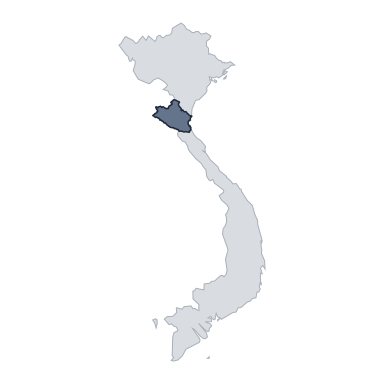 location of Nghệ An within Vietnam
{"feature_id": "VNM-475", "entity_name": "Nghệ An", "entity_type": "Province", "adm_level": 1, "iso_a3": "VNM", "parent_name": "Vietnam", "parent_adm1": "", "projection": "robinson", "projection_center": [104.899, 19.281], "detail": "fine", "context": "in_parent", "style": "filled", "palette": "slate", "viewbox_px": 384, "rotation_deg": 0, "n_neighbors": 0, "source": "natural_earth", "source_scale": "10m", "svg_char_len": 6784}
<svg xmlns="http://www.w3.org/2000/svg" viewBox="0 0 384 384"><path d="M234.7,65.1L231.4,65.3L228.0,68.3L223.5,70.2L222.4,75.5L218.7,77.9L216.9,76.7L213.2,77.9L209.2,76.7L210.6,82.8L206.6,87.6L207.0,90.6L205.9,93.0L198.9,99.8L196.9,99.9L195.3,101.0L192.0,109.1L191.5,115.8L190.0,119.6L188.5,121.2L188.2,123.3L193.5,133.9L197.0,138.2L200.5,140.3L205.7,146.6L204.9,148.3L205.3,151.8L202.8,150.8L203.1,151.2L206.0,153.1L210.4,159.9L218.1,167.0L219.3,170.6L226.7,176.5L226.5,177.2L231.8,182.0L232.4,183.8L236.3,183.6L239.9,189.1L241.1,189.1L241.5,191.4L247.4,200.7L252.3,205.4L254.7,214.0L257.6,220.6L257.7,224.3L262.1,240.2L261.8,242.3L260.9,240.3L261.1,246.3L261.8,249.5L261.5,253.5L264.6,260.9L265.0,269.0L262.8,265.5L260.5,268.0L262.2,273.8L260.3,273.2L260.5,281.1L261.4,283.8L261.1,284.8L260.1,282.8L259.3,286.5L260.2,289.0L258.8,291.9L257.0,292.1L255.9,297.9L252.6,298.4L250.2,301.1L247.2,302.1L241.6,307.1L238.0,308.0L236.2,312.0L233.0,312.5L221.3,319.4L220.0,317.7L217.8,317.1L216.2,313.4L215.0,319.4L214.1,319.8L212.3,318.6L210.6,316.3L208.1,317.9L210.8,318.4L211.6,319.9L211.2,321.8L205.3,321.7L210.6,324.1L211.7,325.9L209.2,328.7L209.2,330.8L207.9,331.7L205.0,329.9L198.7,323.5L206.2,332.6L207.5,336.7L205.7,338.6L203.6,338.7L200.1,336.0L194.4,329.4L192.5,328.5L199.1,337.8L200.1,339.9L199.3,342.3L185.9,349.3L182.3,356.0L178.1,359.9L173.6,361.0L171.2,360.6L173.7,357.2L172.2,356.0L172.7,337.5L173.9,332.7L177.7,330.8L177.7,329.8L176.4,327.0L173.3,325.9L171.8,323.9L169.0,324.6L164.3,319.1L167.0,316.7L172.8,316.3L176.7,312.5L176.3,308.2L176.7,307.7L182.1,309.2L184.0,306.7L191.0,305.9L193.0,308.8L194.7,308.3L197.9,310.3L199.2,310.3L198.6,307.4L199.2,304.8L193.0,298.9L192.9,291.1L194.4,290.7L196.0,288.3L203.9,289.9L204.2,283.9L210.0,283.2L211.2,281.5L214.6,281.0L220.2,275.8L222.6,275.4L223.9,276.8L226.1,274.4L227.1,270.4L225.5,259.2L228.1,249.8L222.5,234.1L223.2,228.5L224.8,226.6L226.6,222.1L226.3,217.0L225.5,214.5L227.0,212.8L228.9,208.2L227.1,205.1L221.4,199.9L219.1,195.7L223.6,192.3L223.7,190.2L214.4,183.1L212.8,179.4L210.5,180.8L208.9,179.9L206.7,176.3L205.8,169.3L204.3,168.2L201.1,163.3L195.9,158.8L189.6,151.4L188.3,149.2L187.5,145.8L184.9,141.9L182.4,141.1L178.1,136.1L177.5,134.0L178.7,130.5L175.7,128.7L170.1,127.0L153.7,115.5L157.2,111.5L156.2,107.7L156.6,107.1L161.1,106.8L167.6,108.3L170.7,105.2L172.1,101.8L174.4,99.2L174.4,97.7L172.8,95.0L169.8,94.9L168.2,91.0L163.2,89.5L166.5,86.9L167.5,84.8L162.9,80.8L158.0,78.0L153.6,79.9L150.3,83.2L148.7,83.7L138.2,79.2L133.2,70.6L135.2,63.7L135.2,61.1L133.1,59.9L132.5,58.2L131.0,61.2L129.5,61.2L127.9,56.0L126.1,54.8L119.0,45.2L121.2,43.2L124.5,37.6L125.8,36.6L132.9,40.4L135.9,43.6L138.9,41.4L139.0,40.3L142.7,36.2L146.0,40.4L148.5,35.9L154.9,41.5L155.8,40.4L157.1,36.6L158.8,35.5L160.2,35.3L161.9,37.5L163.4,37.7L166.4,35.4L169.6,35.0L171.7,33.0L172.3,28.6L173.1,27.8L181.2,23.0L184.5,25.6L186.6,29.3L189.4,30.3L192.4,32.7L194.8,32.4L195.5,31.5L198.5,31.6L201.0,34.2L206.2,33.0L210.9,36.0L209.4,39.2L207.1,40.7L206.4,42.4L206.5,46.0L208.5,48.3L208.7,54.3L210.0,53.8L214.8,55.6L216.6,58.5L218.9,60.3L220.8,60.5L222.3,62.8L224.0,62.0L224.7,63.0L228.1,62.7L230.4,61.7L234.7,65.1ZM157.0,319.6L157.2,323.4L156.1,327.9L154.7,323.0L152.7,320.0L155.4,318.8L157.0,319.6ZM227.4,71.8L224.5,74.6L223.4,74.6L224.8,70.6L227.4,71.8ZM216.1,82.5L215.3,82.6L213.7,80.7L214.5,79.8L216.3,80.5L216.7,81.3L216.1,82.5ZM225.8,78.4L224.7,79.0L223.4,78.9L226.4,75.9L225.8,78.4ZM211.4,78.4L212.6,81.4L210.9,79.8L211.4,78.4ZM220.0,318.3L217.7,320.8L217.6,319.7L220.0,318.3ZM209.1,358.3L207.4,358.3L209.2,356.8L209.1,358.3Z" fill="#d9dde1" stroke="#a8b0b8" stroke-width="1"/><path d="M174.2,100.0L174.5,100.0L174.7,99.8L175.0,99.9L176.1,100.3L177.0,101.0L177.6,101.2L178.8,101.6L179.1,101.8L179.4,102.1L179.4,102.4L179.2,102.7L178.7,103.3L178.6,103.6L178.5,103.9L178.5,104.5L178.7,105.2L179.1,106.2L179.6,106.8L180.7,107.9L181.0,108.3L181.2,108.8L181.2,109.3L181.2,110.2L181.2,110.6L181.3,110.7L181.5,110.7L181.9,110.2L182.1,110.0L182.3,109.9L182.6,110.0L182.9,110.1L183.2,110.5L183.8,111.4L184.1,111.7L184.5,111.8L185.4,111.7L185.9,111.7L186.4,112.1L186.7,112.5L187.3,113.4L187.4,113.6L187.7,113.8L188.0,113.9L188.4,114.2L189.4,115.4L189.7,115.6L191.0,115.8L191.8,116.2L191.8,116.3L191.6,116.4L191.3,116.4L191.1,117.1L190.9,117.1L190.6,117.1L190.3,118.6L190.3,119.4L190.4,120.0L189.9,120.3L189.6,120.7L189.1,120.5L188.6,121.0L188.2,121.9L188.0,122.5L188.0,122.8L188.1,123.0L188.2,123.5L188.3,124.3L188.4,124.6L188.7,125.0L189.1,125.4L189.6,125.7L190.0,125.8L190.0,126.0L189.8,126.3L189.7,126.1L189.4,125.9L189.2,125.8L189.4,126.4L189.5,126.5L190.0,126.5L190.5,127.0L190.8,127.4L190.9,127.7L190.6,128.7L190.7,128.8L190.8,129.0L190.9,129.4L190.8,129.9L190.7,130.2L190.3,130.4L190.0,130.6L189.9,130.8L189.9,131.0L189.7,131.0L189.5,131.3L189.5,131.5L189.3,132.2L189.0,132.3L188.5,132.2L188.4,132.1L188.1,132.1L185.8,131.7L184.9,131.8L184.5,131.9L184.0,131.9L183.5,131.8L181.2,131.1L179.7,131.2L179.2,131.2L179.0,130.8L178.6,130.4L178.0,129.4L177.8,129.3L177.6,129.4L177.3,129.4L177.1,129.5L176.6,129.3L175.6,128.6L175.3,128.5L174.9,128.6L174.5,128.7L174.2,128.6L174.0,128.3L173.8,127.8L173.3,127.6L172.1,127.7L171.8,127.7L171.1,127.4L170.3,127.3L170.0,127.2L169.9,127.0L169.6,126.6L169.3,126.4L169.0,126.4L168.7,126.3L168.5,126.1L167.9,125.5L167.6,125.3L167.0,124.9L166.7,124.6L166.0,123.5L165.8,123.2L165.5,123.0L165.1,122.9L164.5,123.0L164.1,122.9L163.9,122.7L163.3,121.7L163.0,121.4L162.6,121.2L162.3,121.1L161.9,120.9L161.6,120.7L161.4,120.4L161.1,120.1L160.7,120.0L160.1,120.2L159.9,120.0L159.9,119.6L159.8,119.1L159.6,118.9L158.8,118.3L156.6,117.2L156.2,117.1L155.8,117.2L155.4,117.4L154.8,116.9L154.3,116.6L154.1,116.5L154.0,116.3L153.8,115.8L153.5,115.7L153.1,115.7L152.9,115.6L153.1,115.2L153.3,115.0L154.0,114.7L154.3,114.4L154.7,113.8L155.0,113.6L155.4,113.5L155.8,113.2L156.3,113.0L156.6,113.0L156.8,112.7L157.0,112.0L157.1,111.7L157.3,111.6L157.5,111.5L157.7,111.4L157.8,111.2L157.6,110.8L157.5,110.5L157.5,110.1L157.3,109.7L157.1,109.5L156.5,109.1L156.3,108.8L155.9,107.6L155.8,107.3L155.9,106.9L156.1,106.8L156.3,106.9L157.3,107.4L157.7,107.6L158.1,107.5L158.2,107.4L158.4,107.0L158.5,106.9L159.1,106.8L159.9,106.5L160.5,106.3L160.7,106.6L161.4,106.9L161.8,107.5L162.7,106.9L163.1,106.8L163.5,106.8L163.7,107.0L163.9,107.3L164.2,107.6L164.3,107.7L164.8,108.0L166.0,108.7L166.3,108.8L166.8,108.7L167.2,108.4L167.4,108.4L167.6,108.4L167.9,108.6L168.1,108.6L168.3,108.4L168.9,106.5L169.1,106.2L169.3,105.9L169.7,105.7L169.9,105.6L170.2,105.6L170.6,105.4L171.0,105.0L171.5,104.7L171.9,104.4L172.1,103.7L172.1,103.3L172.1,103.1L171.6,102.8L171.0,102.8L170.9,102.7L171.1,102.2L171.4,101.7L172.5,101.0L173.0,100.6L173.1,100.3L173.2,100.1L173.3,100.0L173.7,99.9L174.2,100.0Z" fill="#64748b" stroke="#1e293b" stroke-width="1.5"/></svg>